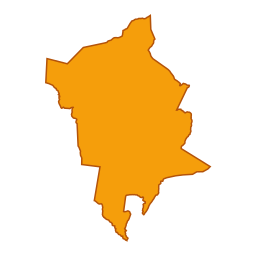 the district of Jano, Olancho, Honduras
{"feature_id": "27666195B16054115349616", "entity_name": "Jano", "entity_type": "district", "adm_level": 2, "iso_a3": "HND", "parent_name": "Honduras", "parent_adm1": "Olancho", "projection": "orthographic", "projection_center": [-86.513, 15.059], "detail": "fine", "context": "isolated", "style": "filled", "palette": "amber", "viewbox_px": 256, "rotation_deg": 0, "n_neighbors": 0, "source": "geoboundaries", "source_scale": "gbopen_adm2", "svg_char_len": 5811}
<svg xmlns="http://www.w3.org/2000/svg" viewBox="0 0 256 256"><path d="M47.0,58.6L45.8,82.7L49.2,83.7L50.0,84.1L52.6,85.2L53.3,85.9L53.9,86.9L55.1,88.0L56.2,88.5L56.3,89.4L56.5,89.8L57.0,90.2L57.8,90.6L58.0,90.8L58.7,92.9L59.1,93.3L59.2,93.6L59.1,93.9L58.4,94.6L58.6,94.8L59.0,94.8L59.3,95.0L59.5,95.5L59.1,96.4L59.0,96.8L59.6,97.0L59.4,97.2L59.2,97.4L59.1,97.6L59.1,98.7L59.3,98.9L59.5,99.1L59.6,99.4L59.4,99.8L58.7,101.2L58.6,101.7L59.1,103.6L60.5,106.3L60.9,107.4L61.3,108.0L61.6,108.2L62.0,108.1L62.8,107.6L63.2,107.2L63.4,107.2L63.8,107.4L64.2,108.0L64.6,108.2L68.2,108.4L69.7,108.6L70.2,108.4L70.6,107.9L71.2,107.6L73.1,107.3L73.2,107.5L72.8,107.7L72.6,107.9L72.2,108.8L72.0,111.1L72.3,112.0L71.8,113.2L71.7,113.8L71.5,114.3L71.5,114.7L71.7,115.2L71.8,116.0L72.0,116.5L72.5,116.9L73.1,117.7L73.4,118.0L73.9,118.1L75.7,118.5L76.7,119.2L76.8,119.4L76.7,120.0L76.1,121.2L76.0,122.3L76.1,122.7L77.1,123.6L78.1,145.8L78.3,146.4L78.7,146.9L79.1,147.5L79.6,149.0L80.4,150.8L80.5,151.8L80.3,152.4L80.3,153.0L80.6,155.5L81.5,157.2L81.8,158.3L81.7,164.5L100.0,166.8L94.3,200.6L94.8,200.7L95.1,200.9L95.9,201.5L98.2,203.5L98.7,203.8L99.5,204.0L101.2,203.8L101.6,203.9L101.9,204.3L102.4,205.2L102.4,205.9L102.8,207.3L102.5,208.6L102.4,209.6L102.5,210.0L102.7,210.4L102.8,211.3L102.6,212.1L102.6,213.1L102.4,214.5L103.0,216.2L103.6,216.8L103.9,217.4L104.2,217.5L104.7,217.6L104.9,218.1L105.5,218.7L107.1,219.6L107.9,219.8L108.9,220.3L109.1,220.5L109.4,221.3L109.7,221.7L110.1,222.0L111.2,222.5L111.8,223.2L112.3,223.6L112.2,224.4L112.2,225.0L112.4,225.2L113.1,225.7L113.7,225.7L114.2,225.9L114.6,225.9L114.8,226.0L114.7,227.0L115.1,228.3L115.9,228.9L115.5,229.6L115.4,229.9L115.9,231.6L116.0,232.0L116.3,232.3L116.8,232.5L117.0,232.5L117.2,232.4L117.4,232.4L118.1,233.7L118.6,234.3L119.1,234.6L120.2,234.9L120.5,235.1L120.7,235.3L121.0,235.9L121.2,236.2L121.8,236.4L122.7,236.2L122.7,236.8L122.8,237.5L123.0,238.2L123.3,238.7L124.8,239.1L125.5,240.0L125.9,240.2L126.3,240.3L126.9,240.6L127.0,239.7L127.6,239.0L127.9,238.6L127.9,238.2L127.7,237.8L126.4,236.8L126.0,235.5L125.5,234.9L125.4,234.1L125.6,233.5L125.4,233.0L125.1,231.9L125.1,231.5L125.2,231.3L125.9,231.1L126.3,230.7L125.9,230.3L125.5,230.2L125.5,229.5L125.0,229.4L125.0,228.8L124.7,228.5L125.4,227.5L126.2,225.0L126.2,224.0L126.9,222.9L127.3,221.6L127.7,220.7L128.4,220.1L129.1,218.7L130.7,214.1L130.2,213.5L129.9,212.4L129.6,211.8L129.2,211.5L128.0,210.9L127.7,210.9L126.2,211.5L125.0,211.7L124.0,211.7L123.6,211.5L125.6,196.7L125.9,195.9L126.3,195.3L126.7,195.2L128.9,194.9L129.6,194.7L131.2,194.7L132.5,194.6L133.9,194.7L134.7,194.6L135.8,194.9L137.2,194.9L137.7,195.5L138.2,195.8L139.1,196.0L140.4,197.3L141.6,197.5L142.0,197.5L142.2,197.4L142.8,197.0L143.3,197.3L143.4,197.5L143.3,198.9L142.9,199.8L142.9,200.3L143.1,200.5L143.8,200.8L144.3,201.4L145.2,201.7L145.3,202.9L145.3,203.1L145.1,203.3L144.7,203.3L144.0,203.6L143.4,204.1L143.1,204.6L143.5,205.9L143.3,206.8L143.3,207.7L142.7,209.0L142.7,210.0L142.5,210.6L142.6,210.8L143.0,211.1L143.2,211.3L142.9,212.0L142.4,212.9L142.4,213.1L142.5,213.3L143.5,214.6L143.8,214.7L144.0,214.5L144.1,214.2L144.5,213.8L144.8,213.0L145.7,212.1L146.8,210.5L148.2,207.9L149.1,205.3L149.5,204.9L150.2,203.5L151.1,202.6L152.1,201.2L152.9,199.9L153.5,199.2L153.9,198.5L154.2,198.0L154.4,197.5L155.4,195.9L156.0,195.1L157.1,195.0L157.5,194.8L157.8,194.4L158.0,193.9L158.6,193.1L158.7,192.8L158.5,191.4L158.6,190.8L158.6,190.0L158.8,188.8L158.7,187.5L158.8,185.0L159.2,184.6L160.4,183.8L160.8,183.4L160.8,183.0L160.7,181.7L160.8,181.3L161.2,181.1L162.4,181.3L162.8,181.1L163.0,180.9L163.1,179.7L163.4,179.2L163.7,178.9L165.2,178.3L166.8,177.7L175.6,175.8L182.9,174.9L192.6,174.3L196.8,171.8L202.9,171.7L207.8,169.0L210.2,166.6L181.2,148.6L181.2,148.2L181.2,147.5L181.4,146.7L181.5,146.3L181.9,145.9L182.9,145.3L183.8,144.2L184.5,143.7L184.7,143.4L184.9,142.8L184.9,141.3L185.3,140.5L185.7,139.3L187.0,137.3L188.2,136.4L188.8,135.0L189.4,134.6L189.9,134.4L190.1,133.3L190.8,131.6L190.9,131.1L190.6,129.5L190.7,128.5L190.8,126.9L191.2,126.5L191.5,125.6L191.5,125.2L191.4,124.2L191.3,123.5L191.9,121.9L192.0,121.2L191.9,120.2L191.2,118.8L191.0,118.1L191.0,117.8L191.2,117.6L191.2,117.2L191.2,116.7L191.1,116.3L191.3,115.4L191.3,114.6L191.2,113.9L191.0,113.5L189.9,112.5L189.3,112.2L188.3,112.2L187.9,112.1L187.4,111.9L186.3,112.2L185.5,112.8L185.2,112.8L184.9,112.8L184.6,112.6L184.4,112.2L183.3,111.6L182.7,110.6L182.3,110.5L181.7,110.5L181.4,110.3L180.8,109.2L180.3,109.3L178.7,109.2L178.1,109.5L177.2,110.1L176.6,110.1L187.4,87.6L188.1,87.5L188.7,87.1L189.2,86.2L189.3,85.8L189.3,85.5L189.2,85.3L189.0,85.2L188.2,85.3L187.3,85.2L185.6,84.0L184.6,83.8L183.4,83.4L183.1,83.5L182.5,84.3L181.7,84.8L181.0,85.4L180.3,85.7L180.0,85.7L179.8,85.5L179.7,85.4L179.7,85.1L180.3,84.1L180.4,83.8L180.3,83.6L179.9,83.1L179.3,82.8L179.1,82.4L177.6,81.3L177.1,80.8L175.2,79.7L174.8,79.4L174.3,78.7L173.8,77.0L173.1,75.7L172.4,74.9L172.0,74.2L171.5,73.8L169.7,71.1L168.1,69.5L153.0,58.8L151.6,57.1L151.1,56.3L150.7,55.5L150.3,53.8L149.5,52.1L148.7,50.8L148.2,50.1L149.9,47.5L151.6,46.2L152.7,44.2L153.3,43.6L153.6,42.7L153.7,41.0L153.9,40.1L154.4,39.5L154.9,39.1L150.8,29.4L150.3,15.4L148.1,16.9L147.1,17.3L146.9,17.5L146.5,17.9L144.9,18.7L144.5,18.7L143.3,18.6L142.8,18.3L142.5,18.2L141.4,18.4L140.8,18.6L140.4,18.4L139.7,18.5L138.9,18.4L138.0,18.9L137.3,19.1L136.8,19.2L135.5,19.2L134.6,19.7L134.0,20.2L132.9,20.7L131.7,21.1L131.1,22.1L130.2,23.3L127.3,28.3L126.8,28.7L125.3,29.2L124.7,29.9L123.2,30.4L123.0,30.6L122.9,30.9L123.0,32.1L122.7,33.0L122.6,34.5L122.3,35.3L122.3,35.8L122.0,36.2L121.0,36.7L119.2,37.5L117.8,37.8L116.1,37.6L114.5,37.7L114.1,37.8L113.2,38.3L111.1,40.1L110.3,40.4L109.4,40.6L108.0,41.1L107.7,41.4L107.0,42.3L105.5,42.8L83.3,47.5L67.3,63.8L47.0,58.6Z" fill="#f59e0b" stroke="#b45309" stroke-width="1.5"/></svg>